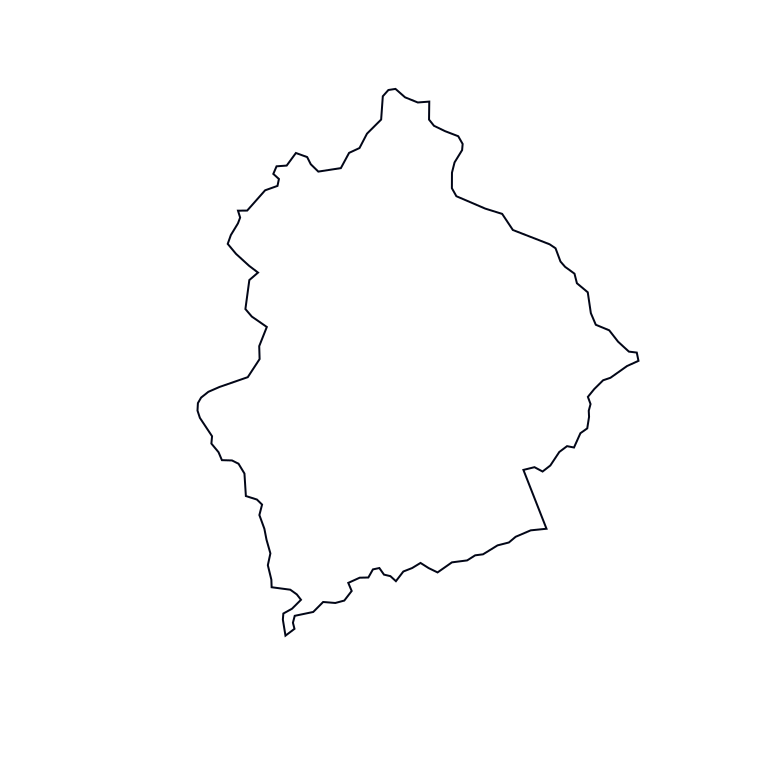 the district of Caraá, Rio Grande do Sul, Brazil, rotated 300°
{"feature_id": "56859067B89739893768390", "entity_name": "Caraá", "entity_type": "district", "adm_level": 2, "iso_a3": "BRA", "parent_name": "Brazil", "parent_adm1": "Rio Grande do Sul", "projection": "mercator", "projection_center": [-50.349, -29.77], "detail": "fine", "context": "isolated", "style": "outline", "palette": "ink", "viewbox_px": 768, "rotation_deg": 300, "n_neighbors": 0, "source": "geoboundaries", "source_scale": "gbopen_adm2", "svg_char_len": 1894}
<svg xmlns="http://www.w3.org/2000/svg" viewBox="0 0 768 768"><g transform="rotate(300 384 384)"><path d="M651.2,282.0L644.7,272.5L642.8,258.9L645.3,246.4L640.8,240.8L632.6,239.1L611.6,249.3L592.3,244.1L576.1,244.8L566.7,238.2L549.4,238.7L535.1,220.9L537.7,210.7L542.1,204.0L540.0,192.2L524.5,190.5L518.8,182.1L510.6,183.1L509.0,190.5L502.3,192.7L492.3,184.2L465.8,178.8L461.1,170.9L456.2,176.2L450.1,177.2L436.4,176.9L427.2,178.6L422.7,190.8L418.9,208.1L417.5,219.2L406.7,215.4L379.6,226.5L376.3,235.8L374.8,254.0L354.4,257.0L343.4,263.8L321.8,262.6L299.3,243.1L289.4,235.8L280.8,232.4L274.4,232.4L267.7,235.8L262.6,241.5L252.8,261.2L246.1,264.3L242.2,274.8L237.0,281.7L241.8,290.6L242.2,297.9L236.7,307.9L217.9,320.4L220.4,331.7L218.6,338.7L208.2,341.6L198.8,352.8L190.4,360.1L180.5,370.3L169.0,374.0L158.2,384.3L151.8,388.3L159.0,405.7L158.2,413.7L155.6,420.0L143.4,416.7L134.9,411.6L129.4,414.2L116.8,424.5L127.2,428.9L131.7,424.5L138.6,422.6L151.2,436.7L164.8,440.3L170.0,451.3L176.6,457.9L188.6,459.5L193.9,452.5L204.1,459.8L208.6,467.2L217.9,467.1L222.3,472.0L218.9,479.3L220.8,485.6L219.2,492.9L231.3,494.5L238.7,500.4L247.3,505.1L246.9,514.7L247.6,524.6L263.5,532.0L272.8,544.2L281.2,548.6L286.0,554.9L301.0,563.0L309.2,571.4L317.5,574.4L330.6,584.2L339.9,597.1L345.0,590.7L379.3,547.7L387.2,555.9L387.5,565.1L396.6,568.8L412.8,569.8L421.7,573.6L424.0,580.3L439.6,578.7L447.2,582.2L458.1,578.0L463.2,574.7L469.9,572.9L474.8,567.0L484.7,568.6L496.8,571.9L502.6,577.0L521.1,585.5L531.3,592.8L537.6,587.2L534.5,579.9L536.1,572.6L537.7,565.5L543.1,552.2L541.2,537.8L548.8,527.7L565.3,514.6L567.7,500.7L574.8,493.8L576.0,482.3L578.3,475.6L587.3,464.7L587.8,457.6L581.8,418.6L590.4,401.3L586.5,383.9L582.8,352.8L587.5,344.9L601.0,337.2L611.2,334.3L625.6,334.7L631.2,332.1L635.7,324.4L633.5,310.5L632.6,298.2L635.5,290.8L651.2,282.0Z" fill="none" stroke="#020617" stroke-width="2"/></g></svg>